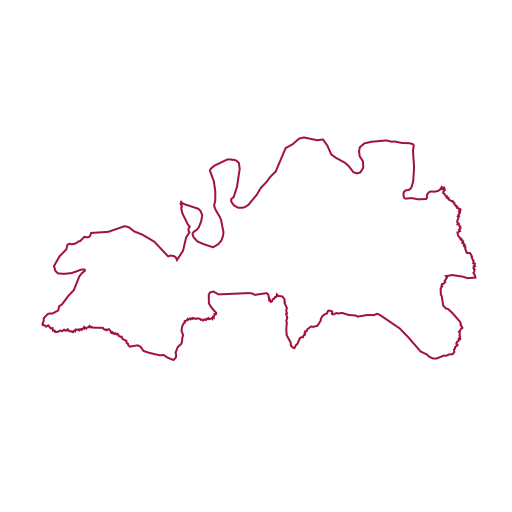 the district of Zabzugu, Northern, Ghana, rotated 86°
{"feature_id": "2480657B72410528378772", "entity_name": "Zabzugu", "entity_type": "district", "adm_level": 2, "iso_a3": "GHA", "parent_name": "Ghana", "parent_adm1": "Northern", "projection": "mercator", "projection_center": [0.33, 9.091], "detail": "fine", "context": "isolated", "style": "outline", "palette": "rose", "viewbox_px": 512, "rotation_deg": 86, "n_neighbors": 0, "source": "geoboundaries", "source_scale": "gbopen_adm2", "svg_char_len": 6005}
<svg xmlns="http://www.w3.org/2000/svg" viewBox="0 0 512 512"><g transform="rotate(86 256 256)"><path d="M196.8,326.8L198.6,327.6L201.5,326.4L202.7,327.3L208.2,326.5L219.8,321.8L222.0,320.1L224.3,321.5L226.4,321.5L227.7,320.7L232.6,324.4L245.6,328.4L254.5,335.1L251.8,336.1L250.4,337.8L249.6,341.1L250.3,343.6L234.6,356.5L226.7,368.0L222.9,375.9L218.4,380.9L217.1,385.0L221.6,401.7L221.5,418.8L224.4,420.1L225.4,421.4L225.6,423.4L224.9,425.8L228.8,430.3L229.3,432.5L230.9,434.9L231.5,438.8L230.7,441.4L231.7,443.3L236.2,444.8L242.6,452.0L251.9,458.2L256.8,457.2L259.5,454.9L260.4,448.9L260.2,441.1L257.3,430.9L257.5,428.3L257.9,427.7L259.0,427.9L260.9,430.8L263.9,433.6L277.3,440.1L282.8,446.1L290.5,452.7L292.6,456.0L296.5,457.0L299.3,463.4L298.9,465.7L299.4,467.8L303.2,472.1L306.6,472.5L308.7,473.8L309.7,472.9L310.1,473.2L310.5,471.6L311.9,470.3L310.7,468.1L313.9,465.8L313.7,464.0L316.4,463.7L316.4,462.0L317.8,461.6L317.9,459.3L316.7,456.5L317.5,454.7L316.1,452.5L317.3,451.3L316.6,450.2L317.0,449.7L316.0,448.9L318.1,447.3L318.2,445.0L319.1,444.5L319.2,443.7L317.8,442.6L318.5,441.7L316.7,441.0L317.2,439.5L316.9,438.8L317.8,437.6L316.9,437.2L317.5,435.4L316.7,435.5L316.6,433.8L315.0,432.5L316.3,432.1L315.7,431.3L316.3,430.5L315.8,430.4L315.5,428.1L314.3,427.1L315.1,426.7L315.0,425.8L315.7,425.7L315.4,424.8L316.1,423.8L317.0,413.7L318.4,413.0L319.2,411.3L318.9,410.8L319.6,410.4L318.7,407.9L320.9,406.2L322.6,405.8L323.0,404.8L322.2,404.3L323.5,403.3L323.2,402.1L324.0,402.0L323.8,400.3L324.6,400.1L324.4,399.1L326.6,398.1L327.2,395.6L327.9,395.8L329.8,394.5L331.6,391.2L333.5,391.3L334.6,389.8L335.7,389.8L337.6,388.3L336.9,380.1L338.6,377.4L342.8,374.9L345.1,369.5L348.4,358.8L348.3,355.0L351.3,351.2L354.0,345.6L351.8,343.1L349.2,342.5L346.9,343.0L341.4,340.4L338.3,336.6L336.4,335.8L332.4,335.2L329.8,334.2L325.5,335.5L324.1,335.3L321.0,334.5L318.0,332.8L317.7,331.8L316.0,331.6L316.1,330.9L315.1,329.8L315.3,328.8L314.2,328.4L314.6,328.1L313.7,326.1L314.6,325.7L313.7,324.2L314.2,323.5L313.5,323.2L314.6,320.1L314.1,318.9L314.7,316.4L315.8,315.6L315.7,314.3L316.6,313.5L316.6,312.7L315.6,312.0L316.3,310.2L315.1,309.6L315.5,308.4L314.7,307.8L315.8,307.0L315.0,304.7L315.8,304.0L314.4,303.5L314.8,302.6L313.4,302.9L313.4,302.2L311.9,301.3L311.2,301.5L311.1,299.9L310.0,299.6L304.6,303.9L300.0,306.3L291.1,305.8L289.0,304.1L288.5,301.0L291.7,295.9L292.5,265.1L293.3,262.1L294.7,259.8L293.8,248.0L295.4,246.4L302.3,245.8L300.6,245.2L302.8,244.5L302.6,243.5L300.1,242.0L299.8,240.7L298.4,240.1L298.3,238.7L295.8,237.8L297.4,236.7L298.2,232.5L301.2,230.5L303.4,230.8L304.2,230.3L304.9,230.8L310.0,228.8L312.5,229.7L315.4,229.1L315.9,230.0L319.7,229.1L322.7,230.3L324.6,229.9L331.1,230.9L337.2,230.9L344.9,227.4L347.8,227.5L350.3,225.1L350.5,224.0L347.5,222.2L346.6,220.8L341.2,218.1L340.2,216.6L340.4,214.9L338.8,214.3L338.1,212.9L336.9,212.4L336.3,213.0L334.5,212.1L334.6,210.9L332.6,209.8L330.1,205.9L330.7,204.3L330.0,199.7L324.9,195.9L323.4,195.8L320.3,193.7L318.6,190.8L318.3,189.2L315.9,188.1L315.5,186.9L316.4,184.2L317.3,183.7L318.9,184.4L319.4,183.9L319.7,182.9L318.5,179.7L319.1,178.6L318.8,174.1L321.3,167.7L322.3,160.8L323.6,158.6L322.6,149.3L323.2,142.5L322.1,139.3L323.4,136.6L338.2,117.8L347.5,109.9L362.7,98.5L366.3,92.2L368.6,90.2L370.6,86.5L370.9,83.1L368.4,75.4L368.8,73.3L367.6,69.9L367.7,66.7L365.6,64.9L363.2,65.0L362.2,64.0L360.6,63.7L359.3,61.3L358.6,61.1L357.6,62.3L355.8,61.6L354.8,59.9L353.3,59.7L353.4,58.3L352.7,58.0L352.0,59.0L350.5,58.0L349.4,58.5L347.1,58.0L345.7,58.8L345.2,57.8L343.4,57.0L342.1,55.1L338.9,56.8L338.4,56.3L335.8,57.1L326.4,64.2L322.3,68.1L321.6,70.2L318.6,72.7L309.3,73.5L307.2,74.3L301.3,74.1L300.5,73.3L299.5,73.2L299.2,72.4L297.9,72.9L296.7,72.2L296.9,70.9L295.1,69.0L294.1,69.6L290.8,66.9L289.3,68.0L288.7,61.4L291.1,51.0L292.9,46.3L292.8,38.6L290.5,39.0L288.1,40.3L287.1,39.4L285.4,39.1L284.3,39.6L284.1,39.0L283.0,39.8L282.0,39.6L281.5,38.5L281.0,39.1L280.6,38.5L278.7,38.2L278.4,39.8L275.8,39.3L275.4,39.9L271.8,41.0L271.4,40.6L268.0,42.3L267.6,45.5L266.6,46.0L266.0,45.8L263.9,46.8L262.0,46.4L261.3,47.3L260.3,46.8L260.1,47.9L258.7,47.4L257.9,48.5L256.5,48.4L256.8,49.2L254.9,48.9L254.0,50.5L253.6,49.9L252.7,50.3L252.2,51.3L249.7,53.0L246.6,53.4L245.3,50.7L243.8,51.7L242.6,50.0L241.6,50.5L240.8,50.1L240.3,51.0L238.6,51.4L238.5,52.5L237.6,51.7L237.0,52.7L235.4,52.9L231.2,51.1L230.7,51.7L230.3,50.8L229.4,51.4L228.5,50.4L227.3,50.3L227.2,49.6L226.2,49.5L225.7,50.0L225.5,49.2L224.1,48.8L224.0,49.8L223.2,49.5L222.0,52.1L220.8,51.8L220.5,52.9L219.7,52.9L218.5,54.4L216.7,54.4L216.2,55.6L214.9,56.0L215.0,56.8L213.6,59.1L212.7,60.0L211.6,59.9L211.9,60.6L210.9,61.9L209.7,61.4L209.0,62.8L207.0,63.8L206.3,64.9L204.8,64.7L203.5,63.2L202.5,64.3L202.0,64.2L201.9,63.3L200.9,63.6L201.8,65.3L200.9,65.1L200.1,65.9L202.5,67.7L203.8,69.8L204.3,73.5L203.8,77.2L204.5,79.1L207.2,81.4L209.8,81.3L211.0,82.3L210.8,90.0L209.1,96.7L209.2,102.8L208.3,104.1L206.0,104.7L202.7,104.2L201.0,102.3L200.8,99.1L199.7,97.2L197.5,95.7L191.9,93.9L178.6,92.1L162.4,92.1L156.6,90.9L155.2,91.9L154.1,95.7L153.5,102.2L151.4,110.0L151.5,112.7L149.8,117.8L150.1,132.7L151.2,140.1L154.9,144.9L158.7,145.9L163.8,145.6L169.1,142.7L175.3,142.8L179.9,146.1L180.7,149.5L179.1,153.1L172.5,157.4L169.1,160.9L163.6,169.5L159.8,173.9L150.6,177.2L144.4,181.2L144.8,186.9L141.1,199.8L141.9,204.8L147.1,211.7L150.4,218.9L173.0,230.4L178.2,236.4L182.7,240.2L188.5,246.5L195.0,251.0L204.4,260.0L206.6,263.9L206.9,266.5L206.6,270.4L204.1,274.4L200.3,276.8L198.5,276.9L197.4,276.7L195.7,274.2L185.6,270.1L168.0,266.2L162.0,266.6L159.5,268.9L158.7,270.8L157.7,276.2L157.8,278.1L162.8,290.8L165.7,295.0L167.6,296.0L178.7,292.8L189.2,292.1L197.9,292.8L202.9,294.3L207.3,293.0L214.7,289.3L217.8,288.3L229.9,286.8L233.7,287.5L238.4,289.6L241.7,293.0L244.3,298.2L240.5,307.5L237.4,313.4L233.3,316.8L230.5,317.7L229.1,317.7L227.4,316.3L225.9,313.4L223.6,311.2L217.4,308.2L211.6,306.8L206.9,308.3L204.8,310.4L198.8,325.1L196.8,326.8Z" fill="none" stroke="#9f1239" stroke-width="2"/></g></svg>